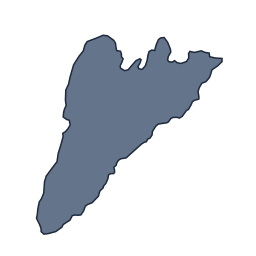 the district of Bach Long Vi, Vietnam, rotated 173°
{"feature_id": "81297802B40834484476285", "entity_name": "Bach Long Vi", "entity_type": "district", "adm_level": 2, "iso_a3": "VNM", "parent_name": "Vietnam", "parent_adm1": "", "projection": "albers", "projection_center": [107.73, 20.135], "detail": "fine", "context": "isolated", "style": "filled", "palette": "slate", "viewbox_px": 256, "rotation_deg": 173, "n_neighbors": 0, "source": "geoboundaries", "source_scale": "gbopen_adm2", "svg_char_len": 2022}
<svg xmlns="http://www.w3.org/2000/svg" viewBox="0 0 256 256"><g transform="rotate(173 128 128)"><path d="M81.1,213.4L84.8,213.4L87.0,212.0L88.3,209.9L89.7,207.4L91.0,204.5L92.1,201.6L94.8,202.5L97.8,201.3L99.4,197.6L100.7,193.0L103.2,187.6L106.9,184.4L109.9,185.5L110.7,187.6L108.0,191.3L106.7,194.2L107.7,195.3L111.8,193.9L116.6,189.6L120.7,185.8L124.4,185.3L128.2,188.4L128.2,190.7L126.1,193.9L124.4,197.3L125.8,199.6L125.5,202.2L126.1,205.1L129.8,206.2L130.1,209.9L130.1,213.7L131.5,216.8L137.1,222.0L141.4,223.1L149.5,220.8L157.9,218.8L160.6,215.7L163.0,209.9L167.8,205.3L174.3,197.3L179.4,185.3L181.6,178.9L185.1,173.2L186.7,163.4L186.7,157.7L188.6,154.8L189.9,151.7L191.0,146.8L187.8,143.9L185.3,142.8L185.1,137.9L187.8,134.5L190.7,131.9L193.4,130.7L193.4,127.6L196.4,120.1L200.4,111.2L202.6,103.2L209.3,96.3L215.0,90.3L217.4,84.8L219.6,73.6L222.5,68.4L225.0,65.6L227.1,59.5L228.7,52.9L229.8,49.5L227.6,43.2L226.6,39.2L226.8,35.7L224.4,32.9L220.1,32.9L212.3,34.0L205.6,37.7L204.2,40.0L200.7,41.8L196.9,43.5L195.0,46.3L194.0,47.8L191.5,48.1L188.0,47.5L185.3,47.5L182.1,51.2L180.0,55.5L177.5,57.0L172.9,58.1L165.7,63.9L164.9,65.9L163.5,69.0L160.0,71.6L159.2,73.6L156.8,75.6L154.1,80.2L153.0,83.9L150.9,84.8L147.9,84.5L146.8,85.4L146.5,87.7L146.8,90.8L144.4,92.3L143.3,94.9L141.4,97.1L139.0,98.3L133.3,98.6L129.8,101.2L116.6,110.4L113.7,111.8L111.5,112.1L109.6,114.7L107.5,115.2L105.0,118.1L104.2,121.5L100.5,126.1L97.8,128.1L93.2,128.4L89.1,128.4L87.3,129.0L84.3,132.2L82.1,133.0L78.4,132.7L75.7,131.6L72.7,133.0L69.5,136.5L67.9,138.2L65.7,139.1L62.5,143.4L60.9,146.2L58.7,147.4L56.3,147.7L54.1,148.2L53.8,150.8L54.1,155.4L52.4,159.3L49.3,163.4L44.8,164.6L41.0,168.2L39.1,171.9L37.6,175.5L31.5,178.7L26.6,182.4L26.2,185.6L32.6,186.8L38.3,188.8L38.3,192.5L42.5,193.7L45.9,195.7L52.8,194.9L57.3,196.5L58.8,194.5L59.2,190.0L61.9,186.8L67.5,185.6L71.3,186.8L73.6,189.2L75.9,188.0L79.3,188.8L80.4,190.5L79.3,194.1L76.3,198.1L76.3,201.0L78.2,208.2L81.1,213.4Z" fill="#64748b" stroke="#1e293b" stroke-width="1.5"/></g></svg>